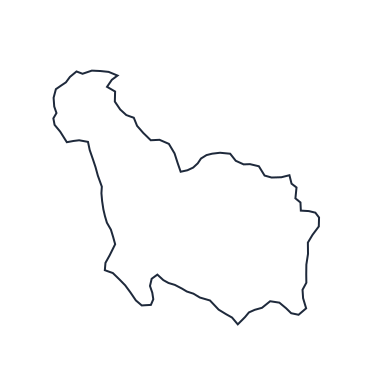 São Sebastião do Rio Verde, Minas Gerais, Brazil, rotated 346°
{"feature_id": "56859067B74090736562725", "entity_name": "São Sebastião do Rio Verde", "entity_type": "district", "adm_level": 2, "iso_a3": "BRA", "parent_name": "Brazil", "parent_adm1": "Minas Gerais", "projection": "mercator", "projection_center": [-45.029, -22.211], "detail": "fine", "context": "isolated", "style": "outline", "palette": "slate", "viewbox_px": 384, "rotation_deg": 346, "n_neighbors": 0, "source": "geoboundaries", "source_scale": "gbopen_adm2", "svg_char_len": 1558}
<svg xmlns="http://www.w3.org/2000/svg" viewBox="0 0 384 384"><g transform="rotate(346 192 192)"><path d="M103.2,118.2L102.9,126.5L103.8,136.7L104.4,144.5L104.6,153.4L105.8,165.0L103.8,171.3L102.6,179.0L101.8,187.4L101.7,194.2L102.0,201.2L104.2,208.9L104.6,216.5L104.8,224.1L96.8,233.5L90.9,239.8L88.5,246.8L95.6,251.5L100.5,259.4L104.6,266.4L107.9,274.4L111.3,283.6L115.8,289.9L124.8,291.6L128.5,286.7L129.1,280.1L128.5,273.0L131.9,266.4L138.4,263.8L142.9,270.6L147.2,274.6L152.9,278.0L158.9,283.3L162.9,287.3L168.8,291.0L174.1,296.3L183.2,301.6L189.4,312.6L195.5,318.8L200.5,323.5L204.4,331.5L213.2,326.2L218.1,322.6L224.4,321.5L231.9,321.3L241.4,316.9L250.0,320.5L255.2,327.6L258.9,333.6L265.7,336.9L274.6,332.5L274.1,321.9L275.6,313.6L281.0,307.7L282.9,299.6L285.4,290.1L289.6,280.1L292.2,269.1L298.6,262.7L306.7,256.1L309.1,247.5L306.7,241.9L300.8,238.8L293.1,236.4L294.7,228.4L290.8,223.2L294.5,212.9L290.6,208.0L290.6,199.3L282.3,199.3L272.7,197.2L266.4,193.6L263.1,183.2L255.0,179.0L248.8,177.7L242.0,172.3L238.3,164.1L228.7,160.7L220.8,159.7L215.0,159.7L208.8,161.7L204.5,165.6L199.0,168.6L192.8,169.8L185.9,169.6L185.1,160.7L184.4,150.3L181.2,139.7L173.1,133.5L164.5,131.8L159.0,122.9L154.7,114.5L153.5,105.9L146.9,101.5L142.3,94.6L139.0,85.6L141.7,75.9L135.0,69.4L141.4,63.7L147.9,61.0L140.2,55.3L132.5,52.5L124.2,50.0L114.4,50.8L109.1,47.1L101.4,50.8L96.2,55.1L90.9,57.0L84.8,59.3L80.5,67.1L79.0,75.7L79.6,82.6L75.3,87.0L74.9,93.6L78.7,101.5L82.6,113.4L89.3,113.8L95.0,114.5L103.2,118.2Z" fill="none" stroke="#1e293b" stroke-width="2"/></g></svg>